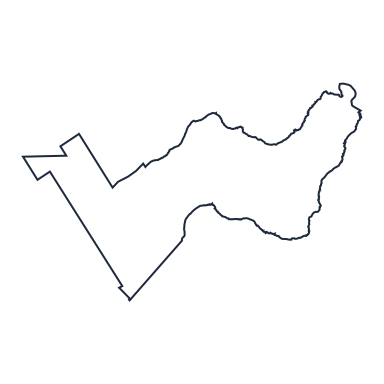 Constitución, Santa Fe, Argentina (Natural Earth projection)
{"feature_id": "61730980B65517483181137", "entity_name": "Constitución", "entity_type": "district", "adm_level": 2, "iso_a3": "ARG", "parent_name": "Argentina", "parent_adm1": "Santa Fe", "projection": "natural_earth1", "projection_center": [-60.677, -33.505], "detail": "fine", "context": "isolated", "style": "outline", "palette": "slate", "viewbox_px": 384, "rotation_deg": 0, "n_neighbors": 0, "source": "geoboundaries", "source_scale": "gbopen_adm2", "svg_char_len": 6045}
<svg xmlns="http://www.w3.org/2000/svg" viewBox="0 0 384 384"><path d="M309.0,222.9L309.2,221.2L309.4,220.7L308.8,219.6L309.3,217.5L310.3,216.8L311.4,216.5L312.4,214.3L313.6,212.8L315.2,211.9L317.8,211.9L319.6,209.7L319.5,208.0L320.0,207.5L319.7,206.8L320.6,206.0L320.8,205.3L319.5,203.5L319.4,202.8L318.9,202.2L318.8,201.0L318.1,200.0L318.9,199.2L319.0,198.8L318.7,197.6L319.1,197.1L319.1,196.2L318.6,195.8L318.6,195.4L318.9,192.0L319.5,191.5L319.5,190.5L320.2,189.9L319.8,189.1L320.1,188.0L320.0,186.9L320.5,185.7L321.0,185.4L321.0,184.1L321.6,183.3L321.6,182.4L321.3,181.4L321.9,179.7L324.6,177.2L327.5,173.3L328.2,173.0L329.3,171.9L330.0,171.6L330.0,171.4L330.7,171.2L332.0,170.3L333.1,169.1L335.3,167.4L335.8,167.4L338.8,165.6L340.5,162.6L341.0,162.5L341.2,161.6L341.9,161.5L341.9,160.7L342.5,159.7L342.1,156.5L342.8,156.4L343.3,155.6L343.4,155.2L343.0,154.2L343.5,154.1L343.4,153.6L343.7,153.5L344.6,151.5L344.2,150.9L344.4,150.5L344.7,149.7L345.1,149.4L345.5,148.2L344.1,146.2L344.6,145.7L344.8,144.9L344.5,144.0L344.9,143.5L344.0,143.3L344.5,142.4L345.4,142.3L345.6,141.7L345.0,140.9L345.0,140.5L346.6,138.8L347.8,136.6L350.7,133.6L354.4,131.3L355.0,130.1L355.5,129.8L356.1,128.8L355.7,126.6L355.8,126.4L356.3,126.4L356.6,125.8L356.8,124.1L357.7,123.2L357.9,121.4L358.2,120.8L359.3,120.3L359.9,119.2L359.9,118.9L361.0,117.6L359.9,117.1L359.9,116.3L360.8,116.1L360.5,115.2L360.5,114.1L360.0,113.7L359.4,114.3L359.2,113.1L359.7,113.0L359.6,112.7L358.9,112.9L358.4,112.3L360.6,110.6L353.3,106.4L352.0,105.2L351.4,101.3L351.8,100.0L355.0,96.7L355.6,94.5L355.5,92.6L354.6,90.4L350.6,85.8L348.5,84.8L343.5,83.6L339.9,83.9L339.3,86.1L339.3,88.5L339.7,89.5L341.2,91.5L341.7,94.7L342.1,95.5L342.5,95.6L342.5,96.1L341.3,97.0L339.5,96.3L338.9,94.8L334.2,94.5L332.8,93.6L331.7,93.4L331.2,93.6L330.6,92.9L329.5,93.7L328.8,93.5L328.4,93.7L327.2,93.0L326.8,91.9L326.1,91.3L325.5,91.4L324.6,92.1L323.9,92.1L322.3,94.1L321.7,95.6L320.7,96.9L320.6,98.5L319.9,99.2L318.9,99.3L317.7,99.9L316.8,101.0L316.5,101.8L315.9,102.1L315.3,102.0L315.3,103.0L315.0,103.5L314.0,104.2L313.5,105.1L312.5,105.5L312.8,106.0L312.4,106.9L311.4,107.3L311.0,108.0L310.2,108.0L309.9,108.9L308.6,110.2L308.8,110.5L308.5,111.3L307.9,112.0L308.4,112.8L307.7,113.3L308.3,114.4L308.3,114.9L305.6,116.9L305.5,117.9L304.7,119.2L304.6,120.0L304.8,120.5L304.2,120.9L304.1,121.9L303.0,122.9L302.2,124.5L302.5,124.9L302.4,125.5L302.0,125.8L299.9,129.3L298.6,129.6L298.0,130.1L297.2,130.0L296.7,130.5L295.3,129.5L294.1,130.2L293.9,130.7L294.7,131.6L294.4,132.3L293.8,132.9L292.7,133.4L291.2,133.7L290.1,135.4L289.3,135.8L289.2,136.3L288.6,137.2L286.9,138.3L286.8,138.6L286.4,138.7L285.7,139.5L283.6,140.3L282.4,141.5L277.5,143.5L276.2,144.7L274.1,144.2L271.7,144.8L268.3,144.4L267.4,143.9L266.6,143.9L265.2,143.3L264.4,142.1L261.8,140.4L261.4,139.8L260.3,139.3L259.6,139.8L258.2,139.7L255.6,137.2L255.0,137.0L254.3,137.3L252.9,137.1L250.9,136.6L249.9,136.0L248.6,136.0L247.3,134.5L246.4,134.2L244.6,132.9L243.6,132.7L243.5,132.2L243.0,131.8L242.7,130.6L243.0,129.4L242.3,128.1L242.5,127.6L241.2,127.2L240.9,126.7L240.1,126.7L239.6,127.1L238.2,127.3L237.4,128.2L236.6,127.6L235.0,128.6L234.1,128.6L233.4,129.0L231.1,128.7L229.9,128.0L228.6,128.1L228.3,127.8L227.4,127.6L225.8,126.4L225.4,125.7L224.3,125.1L224.0,124.6L224.0,124.1L221.9,121.7L222.0,120.6L221.3,119.5L221.0,118.4L220.4,118.0L220.2,117.1L219.5,116.6L219.3,116.0L215.8,113.8L215.9,113.1L215.3,113.4L213.1,113.0L211.9,113.2L210.3,114.1L208.9,114.4L206.2,116.3L205.6,117.3L204.8,117.4L202.6,119.2L201.1,119.8L200.8,120.2L199.0,120.3L197.9,120.9L196.2,121.1L195.3,121.5L193.8,120.7L193.1,121.0L191.5,122.3L189.4,125.5L188.3,126.3L187.3,128.4L186.5,130.6L186.2,132.0L185.1,133.9L184.7,135.6L182.8,139.2L181.9,141.5L180.8,143.5L178.3,146.0L175.4,146.9L174.3,147.6L173.9,147.5L172.3,148.8L171.2,149.0L169.5,150.0L169.3,150.4L169.3,151.2L168.7,151.9L168.5,152.7L167.8,153.1L167.3,154.4L166.7,155.1L165.9,155.6L165.6,155.5L164.9,156.3L164.2,156.4L163.0,157.5L161.6,157.9L161.6,158.2L159.0,159.3L158.2,160.0L157.7,159.9L153.7,160.5L151.0,161.6L146.5,165.6L145.4,167.0L143.2,163.6L136.1,170.9L128.1,176.6L118.0,181.8L112.6,187.6L79.0,133.9L60.4,146.3L66.3,155.7L23.0,156.7L37.5,179.8L49.9,171.6L122.3,286.1L119.1,287.7L129.8,298.6L128.9,299.6L129.6,300.4L182.0,240.6L181.9,239.3L182.5,237.8L184.1,236.4L184.6,235.3L184.6,231.8L184.1,229.4L184.1,228.0L184.4,226.9L184.3,225.5L185.2,220.6L186.0,218.8L188.5,215.4L189.9,213.9L190.3,213.9L192.9,211.0L195.6,208.7L200.2,205.8L204.1,205.4L204.4,205.1L205.2,205.4L206.0,205.4L207.0,204.9L207.1,205.1L209.0,204.8L209.3,204.3L209.8,204.8L210.2,204.9L212.2,203.5L212.4,204.8L213.1,204.8L213.6,205.2L214.4,206.0L215.1,207.2L215.3,208.0L214.7,208.5L216.4,210.2L216.5,210.7L217.1,211.3L217.6,211.5L217.7,212.1L218.3,212.3L218.3,212.8L219.9,213.8L220.6,214.8L221.9,215.7L222.2,216.3L222.5,216.2L222.8,216.4L225.4,217.1L227.4,218.4L228.4,218.4L229.0,219.3L229.9,219.1L231.7,219.4L232.3,219.1L233.4,219.3L235.1,218.9L236.3,219.1L237.1,218.9L238.5,219.5L239.1,219.1L240.0,219.2L240.1,219.5L241.0,219.6L241.5,219.1L243.8,218.3L244.7,218.5L246.2,218.1L248.0,218.5L253.2,220.6L254.3,221.5L254.8,222.1L255.2,223.4L256.1,224.5L256.2,225.0L257.0,225.8L257.5,225.5L258.1,225.9L260.3,228.7L261.2,229.2L261.7,229.9L262.3,230.0L262.6,230.7L263.0,231.0L263.3,230.9L263.2,231.3L263.9,231.9L265.3,232.2L265.6,233.1L266.0,232.9L266.0,232.3L266.3,231.9L267.2,232.4L267.6,232.3L268.2,233.0L269.2,233.5L269.9,233.3L270.4,232.7L272.3,233.9L272.7,233.7L273.8,234.1L274.5,233.8L274.2,234.6L274.5,234.9L275.1,235.1L275.5,234.9L275.9,235.4L277.4,236.0L278.6,235.9L278.9,236.7L281.0,238.3L282.3,238.9L287.2,239.1L288.0,239.5L290.1,239.7L290.8,239.4L291.4,239.6L291.6,238.9L292.3,238.3L294.3,238.3L295.0,238.8L296.8,238.7L299.3,237.7L300.3,237.9L303.8,235.9L306.2,235.9L306.3,235.2L306.9,235.3L307.6,234.9L308.0,234.0L308.5,233.9L309.1,232.6L308.9,231.7L309.3,231.1L308.7,230.6L309.0,229.4L308.7,227.6L308.2,226.9L308.3,226.3L308.7,226.1L308.7,225.5L309.3,224.3L309.0,222.9Z" fill="none" stroke="#1e293b" stroke-width="2"/></svg>